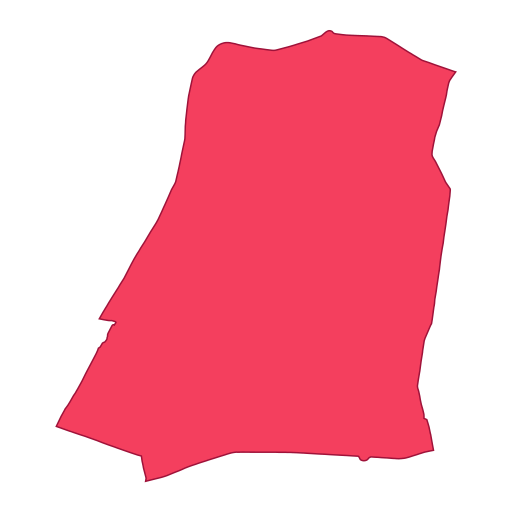 Cuauhtémoc, Distrito Federal, Mexico
{"feature_id": "50627088B31527020598056", "entity_name": "Cuauhtémoc", "entity_type": "district", "adm_level": 2, "iso_a3": "MEX", "parent_name": "Mexico", "parent_adm1": "Distrito Federal", "projection": "albers", "projection_center": [-99.15, 19.433], "detail": "fine", "context": "isolated", "style": "filled", "palette": "rose", "viewbox_px": 512, "rotation_deg": 0, "n_neighbors": 0, "source": "geoboundaries", "source_scale": "gbopen_adm2", "svg_char_len": 5105}
<svg xmlns="http://www.w3.org/2000/svg" viewBox="0 0 512 512"><path d="M188.9,94.8L188.8,95.0L188.2,99.0L186.9,109.5L186.5,113.3L185.7,120.4L185.6,122.8L185.3,126.1L185.1,134.4L184.9,138.8L184.5,141.0L183.8,144.2L182.3,151.2L181.6,154.6L181.1,157.3L180.3,161.2L179.7,164.0L179.2,166.6L178.6,169.1L178.1,171.5L177.1,175.6L175.9,180.9L175.6,182.0L174.8,183.8L171.5,189.7L168.4,196.9L165.0,204.5L163.6,207.5L161.7,211.8L160.1,215.2L158.1,219.5L156.1,223.1L154.1,226.3L150.5,232.0L144.7,241.8L140.7,248.0L139.2,250.6L137.2,253.7L134.2,258.8L131.4,264.0L129.0,268.7L124.1,278.2L121.0,283.1L120.1,284.5L118.3,287.6L117.9,288.2L112.5,296.7L112.0,297.5L108.6,303.0L106.8,306.1L105.6,308.0L102.9,312.5L99.3,318.8L103.7,319.7L108.4,320.5L110.2,320.6L111.9,320.6L114.9,321.5L115.6,321.8L115.9,322.6L114.5,324.6L114.3,325.0L114.0,324.8L113.5,324.7L113.0,324.8L112.4,325.2L112.0,325.7L108.0,333.4L107.6,334.7L107.5,335.2L107.7,335.8L107.6,336.3L107.4,336.7L107.1,337.7L107.0,338.7L106.7,339.5L106.2,340.3L105.8,340.8L105.4,341.3L105.0,341.8L104.3,342.3L103.4,342.5L102.4,343.2L100.2,347.0L98.4,348.2L97.6,350.5L96.3,353.4L94.8,356.3L90.6,364.3L87.0,371.1L85.6,373.8L82.0,381.1L80.8,383.3L77.6,389.1L76.7,390.6L75.3,393.1L73.6,395.5L70.2,401.5L67.8,405.4L65.1,409.0L64.7,409.9L61.5,415.7L61.2,416.2L56.3,426.4L68.1,430.6L79.6,434.5L85.2,436.3L91.0,438.4L97.2,440.6L102.5,442.7L108.5,444.9L114.3,446.9L117.0,447.9L120.1,449.0L126.1,451.1L131.6,453.0L137.0,454.8L137.6,455.0L141.4,456.0L142.1,461.1L142.9,464.7L143.4,467.3L143.4,467.6L146.0,477.6L146.1,478.5L145.8,480.2L145.6,481.3L146.8,481.0L155.1,478.9L160.8,477.5L161.9,477.2L164.2,476.5L166.9,475.6L171.0,473.9L174.9,472.3L178.8,470.8L182.1,469.4L184.9,468.1L188.2,466.8L191.8,465.5L193.3,465.0L195.5,464.3L198.0,463.4L201.3,462.3L204.2,461.4L207.0,460.5L207.8,460.2L210.6,459.3L214.8,458.0L219.2,456.6L222.1,455.7L224.7,454.9L227.4,454.0L230.9,453.0L232.3,452.7L234.0,452.4L236.4,452.1L237.4,452.2L242.4,452.1L257.1,452.2L261.5,452.2L265.7,452.2L269.2,452.2L269.7,452.2L275.8,452.2L278.8,452.3L285.0,452.3L286.1,452.3L286.8,452.4L290.3,452.4L292.4,452.5L297.6,452.7L302.7,453.0L303.4,453.0L309.4,453.4L314.6,453.7L319.5,454.0L324.2,454.2L330.2,454.6L335.7,454.9L341.1,455.2L347.0,455.5L353.0,455.9L356.6,456.1L358.1,456.2L358.5,456.4L359.2,457.3L359.6,458.1L360.0,459.0L360.5,459.7L361.4,460.2L362.7,460.6L363.4,460.7L364.3,460.7L365.6,460.5L366.9,460.0L368.0,459.0L368.8,458.0L369.5,457.5L370.9,456.9L372.6,457.0L375.4,457.2L378.1,457.3L381.3,457.6L384.9,457.8L387.1,457.9L388.2,458.0L389.7,458.1L391.8,458.3L393.1,458.4L395.4,458.5L396.2,458.6L398.6,458.7L399.0,458.7L400.3,458.6L402.0,458.5L402.4,458.4L403.8,458.3L405.6,458.0L407.1,457.6L409.0,457.1L413.3,455.7L416.6,454.7L417.8,454.3L419.2,453.8L420.6,453.4L421.8,453.0L424.7,452.1L428.5,451.3L428.9,451.2L433.5,450.3L432.4,444.4L430.6,434.3L430.3,433.3L429.8,430.9L429.0,427.0L428.0,423.5L426.8,419.6L424.0,418.4L424.0,416.6L423.9,414.4L423.2,411.3L422.4,408.3L421.3,404.5L420.7,401.7L420.2,399.2L419.7,396.1L418.6,391.0L417.7,388.2L417.4,386.0L418.2,380.5L419.3,373.8L419.8,371.0L421.1,361.1L422.5,352.4L422.7,350.3L424.2,340.8L425.0,338.3L427.8,331.8L430.1,326.4L431.0,324.5L431.5,323.8L432.2,319.5L433.0,313.6L433.9,306.9L434.0,306.5L434.2,305.5L434.5,303.5L434.8,299.5L434.9,298.8L435.2,297.1L436.2,291.3L436.8,286.6L437.2,284.0L437.7,280.8L438.3,276.6L438.5,275.2L439.4,269.5L439.7,266.6L440.3,261.6L441.0,256.0L442.2,248.4L443.2,243.0L443.9,237.0L444.8,231.3L445.9,224.0L446.9,216.2L448.0,209.9L448.5,205.6L449.1,201.1L449.8,196.1L450.3,189.9L450.1,188.8L445.8,182.5L445.3,181.6L443.1,176.8L441.3,173.0L435.5,161.6L434.2,159.5L433.4,158.3L432.4,156.4L432.0,154.9L432.0,153.7L432.2,151.1L433.5,144.0L434.4,139.8L434.8,137.3L436.6,131.3L437.5,129.2L437.8,128.6L437.8,128.4L439.3,125.0L441.6,115.9L442.6,110.7L443.3,107.7L443.7,106.0L445.8,97.5L446.4,94.8L447.0,90.7L448.5,83.9L448.7,83.0L449.6,80.6L451.8,77.3L455.7,71.9L454.6,71.6L451.6,70.6L448.8,69.6L446.2,68.7L443.3,67.7L440.4,66.7L434.9,64.8L428.9,62.6L422.6,60.5L421.5,60.0L417.9,57.8L415.6,56.4L413.2,55.0L411.0,53.6L408.9,52.4L403.0,48.7L399.9,46.7L396.6,44.6L390.2,40.6L387.3,38.8L385.7,37.9L384.3,37.3L382.1,36.8L381.1,36.6L378.5,36.5L374.1,36.3L366.3,35.9L357.5,35.6L350.5,35.3L346.4,35.1L342.6,34.7L336.2,33.9L335.1,33.7L334.3,33.5L333.6,33.1L332.9,32.5L332.3,31.7L331.9,31.4L330.8,30.9L330.2,30.8L329.0,30.7L327.6,31.1L326.2,31.9L325.5,32.4L321.4,35.9L307.7,41.0L304.1,42.1L300.8,43.1L298.9,43.7L297.5,44.1L294.4,45.1L291.7,45.9L289.7,46.5L287.9,47.0L285.2,47.7L276.9,49.9L275.1,50.3L273.5,50.4L271.8,50.3L266.2,49.6L261.9,49.0L258.6,48.6L256.4,48.3L254.8,48.1L253.8,47.9L247.8,46.7L245.0,46.1L240.5,45.2L237.9,44.6L235.1,43.8L231.5,43.1L230.1,42.8L228.3,42.6L226.0,42.6L224.0,42.9L221.4,43.7L220.1,44.3L218.5,45.2L217.2,46.2L216.3,47.1L215.7,47.8L214.5,49.5L212.5,52.7L211.1,55.4L209.9,57.7L208.1,60.9L207.2,62.3L206.0,63.8L204.6,65.2L202.3,67.1L199.2,69.5L197.8,70.7L196.2,72.0L195.4,72.9L194.6,73.9L193.9,75.0L192.9,76.9L192.5,78.1L191.4,83.0L190.5,87.2L189.8,90.5L188.9,94.8Z" fill="#f43f5e" stroke="#9f1239" stroke-width="1.5"/></svg>